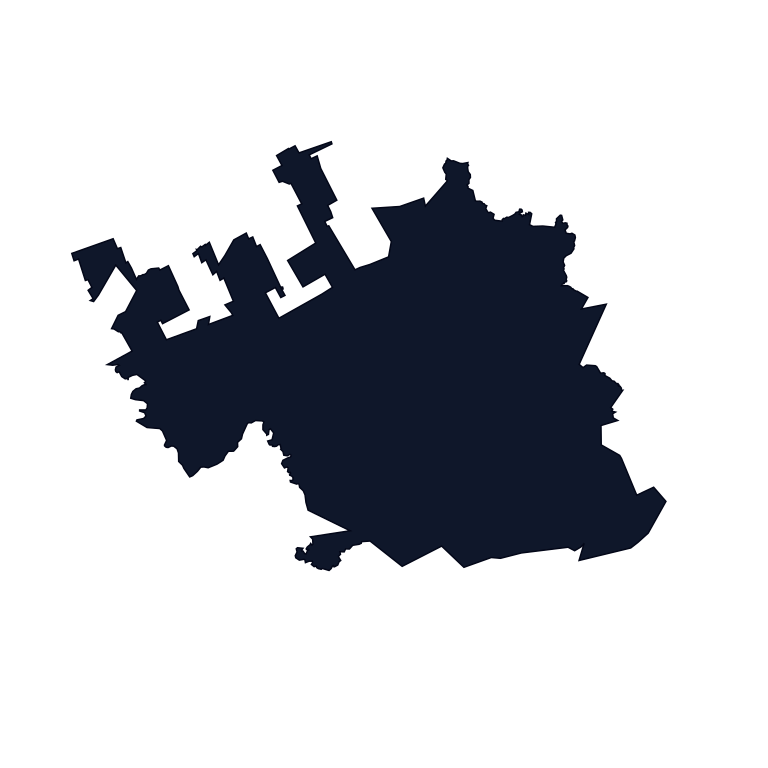 the district of San Juan Mazatlán, Oaxaca, Mexico, rotated 243°
{"feature_id": "50627088B70858037213369", "entity_name": "San Juan Mazatlán", "entity_type": "district", "adm_level": 2, "iso_a3": "MEX", "parent_name": "Mexico", "parent_adm1": "Oaxaca", "projection": "robinson", "projection_center": [-95.346, 17.147], "detail": "fine", "context": "isolated", "style": "filled", "palette": "ink", "viewbox_px": 768, "rotation_deg": 243, "n_neighbors": 0, "source": "geoboundaries", "source_scale": "gbopen_adm2", "svg_char_len": 6171}
<svg xmlns="http://www.w3.org/2000/svg" viewBox="0 0 768 768"><g transform="rotate(243 384 384)"><path d="M544.7,554.2L546.2,551.8L551.3,547.3L552.2,545.2L556.3,542.9L554.9,541.8L554.5,540.5L552.6,539.2L552.5,537.8L549.9,534.6L545.0,534.3L542.8,534.8L538.3,531.9L537.0,532.7L536.0,532.2L523.7,501.6L531.6,503.7L535.0,478.6L546.0,453.1L507.6,455.2L495.2,445.8L496.9,425.7L498.7,415.5L498.9,410.0L550.0,406.6L550.3,404.9L555.7,405.0L555.5,413.8L561.8,414.8L568.7,414.9L569.2,425.4L604.8,425.5L617.6,428.0L617.8,421.3L622.1,421.4L621.6,446.6L623.8,447.0L628.5,413.2L636.6,412.9L636.5,405.7L637.2,405.7L636.3,392.0L625.0,392.3L624.9,382.0L611.3,382.1L610.7,385.6L605.2,390.4L605.1,392.2L581.8,392.5L582.0,387.7L540.6,387.2L537.8,354.2L507.3,355.9L508.6,381.3L493.5,382.0L492.3,369.6L490.3,320.2L519.1,319.7L519.3,331.0L507.9,331.3L507.9,336.0L514.7,335.8L514.5,337.2L516.3,337.7L516.8,337.2L515.9,335.8L548.8,337.0L564.4,336.9L564.3,332.8L574.6,333.8L574.8,329.3L581.0,329.8L580.6,315.6L570.7,300.5L565.3,290.7L589.6,292.7L588.6,287.9L589.5,288.0L588.8,283.8L590.0,283.1L588.5,278.6L589.0,278.0L587.8,278.0L586.9,272.9L583.6,272.7L584.5,277.9L574.8,276.7L575.5,281.7L559.0,281.1L560.3,286.0L550.8,285.0L551.1,289.4L526.1,287.4L526.7,278.2L516.7,280.4L513.8,280.4L516.7,254.6L523.2,259.4L524.8,247.3L518.3,242.1L522.2,210.2L542.1,210.1L542.1,214.1L538.3,214.1L538.5,244.0L560.7,243.9L564.5,244.6L587.3,245.6L587.3,236.0L589.6,235.9L592.4,228.7L592.5,225.8L590.5,222.6L590.3,220.0L590.9,218.8L590.8,216.4L591.7,214.5L589.6,210.9L601.9,211.6L609.4,211.3L609.0,209.0L625.1,211.4L625.6,207.9L636.4,208.6L642.1,165.1L634.5,163.8L634.0,168.6L611.8,164.9L611.4,167.6L602.7,167.6L601.8,162.9L592.1,163.6L591.7,160.2L589.3,162.7L592.9,170.0L611.7,199.0L579.6,206.1L565.8,186.6L565.9,178.3L557.0,166.4L555.6,168.4L551.2,171.0L550.1,172.8L548.9,172.9L548.9,173.6L527.7,174.5L526.9,146.3L523.9,150.8L522.2,155.8L520.8,156.6L520.7,152.9L518.6,151.1L516.8,150.7L515.3,151.4L515.1,153.6L509.7,153.7L506.1,155.7L505.3,158.1L503.6,157.8L506.0,159.1L505.9,163.9L504.7,168.2L495.3,172.9L494.1,172.2L493.9,171.1L491.0,172.0L492.1,171.0L492.3,167.7L491.4,164.3L492.3,161.0L491.4,156.9L489.4,154.2L486.3,151.9L482.9,155.4L478.3,162.3L473.8,164.3L470.3,162.2L469.0,160.0L471.8,154.5L470.9,154.0L467.1,157.7L463.5,157.4L462.4,154.1L464.2,147.6L463.3,146.5L452.8,153.1L446.1,164.0L442.7,165.3L432.4,164.7L429.3,160.7L428.5,160.4L426.5,161.2L425.4,162.8L425.3,166.4L424.1,168.4L420.2,170.2L415.9,169.6L408.2,165.9L403.1,167.6L399.6,167.4L389.4,168.7L389.2,171.9L390.9,178.1L393.1,183.0L391.8,186.0L389.2,189.3L388.4,198.8L389.1,206.0L392.1,209.7L394.7,214.8L392.5,219.3L392.6,220.1L394.6,225.2L398.5,227.0L399.9,232.1L403.6,235.2L410.6,244.0L411.1,245.7L409.6,248.1L409.8,252.9L406.3,258.9L404.7,259.8L402.6,257.6L398.3,255.4L392.6,256.8L391.6,256.3L391.6,258.2L395.4,260.7L395.7,262.5L390.5,263.5L385.1,258.9L386.0,254.5L382.5,254.3L381.6,254.5L380.5,256.4L379.5,257.1L379.0,256.5L377.9,258.2L377.4,260.1L378.0,262.0L377.2,264.0L373.2,263.0L372.8,262.3L369.7,263.3L366.0,262.4L363.9,265.3L364.1,268.2L362.9,268.8L362.1,268.7L361.3,267.2L361.8,265.9L361.9,259.3L359.5,256.6L354.4,257.2L354.1,259.9L352.7,260.5L349.7,258.3L348.1,259.1L347.8,260.4L346.9,260.3L346.1,258.7L345.5,258.6L344.1,259.9L342.1,260.5L340.0,259.4L339.6,258.6L340.6,256.6L339.1,256.2L334.5,260.7L334.2,262.3L333.2,262.8L330.2,261.9L325.6,263.6L321.0,263.3L313.9,260.7L306.0,259.1L268.6,287.2L281.2,249.1L278.2,250.0L273.6,248.0L273.2,246.6L275.2,246.3L274.3,245.0L273.6,241.7L272.4,239.8L271.7,239.8L271.1,241.9L270.2,241.7L270.1,240.1L267.9,237.2L268.8,236.3L271.8,236.0L272.4,235.1L273.8,235.9L274.4,237.2L277.4,232.6L277.0,231.0L273.8,230.3L271.3,227.0L269.2,226.5L265.5,228.6L264.1,233.2L263.2,233.7L260.5,232.9L260.1,236.8L258.7,239.7L257.3,239.3L256.2,237.4L253.0,238.8L252.4,240.9L250.8,240.8L249.3,241.7L247.4,244.0L247.7,245.0L247.1,245.9L242.8,250.4L243.5,253.0L245.4,255.8L245.2,256.5L243.8,256.4L243.6,257.0L243.7,260.6L246.0,263.2L246.4,265.3L250.4,265.0L251.2,265.3L252.0,267.9L254.6,268.5L252.5,272.3L254.5,274.9L252.7,278.3L254.5,282.9L252.5,289.0L252.4,291.4L253.7,292.5L250.4,300.3L213.3,317.4L213.4,361.8L184.4,372.0L180.7,400.8L175.8,408.7L171.1,429.7L155.0,473.9L148.9,478.2L149.4,485.6L151.3,490.1L138.2,477.7L125.9,529.4L127.6,538.3L131.2,551.7L151.4,581.9L169.6,577.4L170.2,558.7L209.8,561.8L213.4,561.6L231.1,549.9L248.5,558.5L245.4,575.7L249.7,572.9L253.7,574.2L253.9,577.5L256.5,574.5L257.7,576.4L260.1,575.3L270.0,593.9L270.5,592.7L272.6,593.6L274.8,593.3L275.6,592.0L276.5,592.0L276.5,592.9L278.2,592.6L278.8,591.3L282.0,590.3L283.3,588.6L286.7,587.8L291.5,584.5L292.6,585.6L293.4,585.5L294.2,584.9L295.3,581.9L303.0,581.4L304.4,580.5L308.9,573.1L308.2,568.8L312.9,566.8L354.2,618.3L361.2,593.9L368.5,605.0L379.1,598.2L379.4,597.4L381.7,595.9L383.2,595.5L383.3,594.7L385.5,594.3L387.4,593.0L388.4,592.0L391.0,586.6L392.1,588.1L391.8,590.1L392.8,590.2L392.4,593.0L393.1,593.7L394.4,593.7L396.2,595.3L397.8,595.6L403.9,595.5L404.8,596.7L406.0,596.6L407.7,598.8L411.4,599.0L414.5,601.3L415.6,604.7L415.6,610.0L418.2,614.6L419.4,614.8L420.8,616.7L424.8,617.7L424.9,618.6L427.6,621.0L430.1,621.7L433.0,619.9L433.3,617.9L435.6,614.8L439.1,615.3L440.1,618.6L441.2,619.6L442.5,619.3L444.2,620.0L445.3,618.7L445.9,616.4L447.5,616.0L448.3,616.2L449.0,617.8L453.6,618.8L454.4,617.7L452.9,612.7L450.5,611.5L450.1,610.2L448.5,609.9L446.2,607.2L452.6,597.3L456.8,588.3L459.9,586.0L468.6,592.9L470.5,592.2L471.3,590.8L469.4,589.9L471.8,588.0L470.0,586.7L471.5,584.9L470.3,583.8L470.4,583.0L472.6,583.0L473.7,581.6L474.7,583.1L474.6,585.5L476.4,586.0L477.6,585.5L478.2,584.2L476.2,582.4L477.0,579.6L476.0,577.7L475.8,574.9L475.8,570.7L476.9,569.1L476.6,566.5L477.3,565.6L476.7,563.9L475.5,563.1L479.7,556.9L482.2,556.4L485.2,559.1L488.8,556.9L489.2,555.0L490.0,554.5L494.1,554.3L496.2,556.5L497.3,555.4L499.2,555.0L500.2,553.7L501.6,553.9L503.3,552.6L504.9,549.3L505.9,548.6L516.1,551.0L520.4,547.7L521.6,548.5L523.7,548.3L524.2,550.8L527.5,552.4L528.8,554.8L531.5,556.0L534.9,555.4L538.5,556.6L540.0,557.5L540.5,558.6L542.1,558.4L543.2,559.3L544.7,554.2Z" fill="#0f172a" stroke="#020617" stroke-width="1.5"/></g></svg>